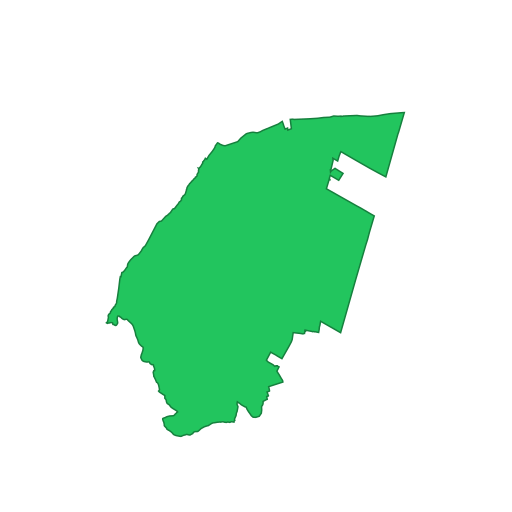 outline of Mihai Viteazu, Cluj, Romania, rotated 298°
{"feature_id": "2599482B370661987664", "entity_name": "Mihai Viteazu", "entity_type": "district", "adm_level": 2, "iso_a3": "ROU", "parent_name": "Romania", "parent_adm1": "Cluj", "projection": "albers", "projection_center": [23.722, 46.539], "detail": "fine", "context": "isolated", "style": "filled", "palette": "green", "viewbox_px": 512, "rotation_deg": 298, "n_neighbors": 0, "source": "geoboundaries", "source_scale": "gbopen_adm2", "svg_char_len": 6069}
<svg xmlns="http://www.w3.org/2000/svg" viewBox="0 0 512 512"><g transform="rotate(298 256 256)"><path d="M452.3,319.6L451.4,318.1L444.8,307.8L440.7,302.3L436.9,297.6L434.3,293.6L433.1,291.7L431.7,289.0L428.7,282.4L427.5,279.2L420.5,267.3L420.2,267.2L419.1,265.5L419.4,265.3L417.9,262.9L416.1,258.9L413.2,256.0L410.0,250.6L406.5,245.7L401.7,237.9L394.5,225.6L394.0,224.1L392.7,222.1L385.0,227.5L382.1,225.0L383.8,223.8L381.7,222.1L383.8,219.6L385.3,218.1L387.2,216.0L383.5,214.0L383.3,214.0L370.0,203.0L367.7,201.5L365.6,199.6L365.1,198.8L364.1,195.8L363.7,195.0L362.7,193.6L360.3,190.9L359.3,190.0L353.0,187.3L348.4,186.2L338.8,177.0L338.1,174.9L338.0,173.7L337.8,171.6L338.0,170.5L338.0,170.1L338.0,169.1L337.8,168.9L334.4,168.4L333.9,168.4L332.8,168.7L330.6,168.6L327.9,168.3L322.8,167.3L318.3,167.1L318.5,165.4L316.8,165.5L315.8,165.2L314.9,165.2L314.0,164.8L313.7,164.9L313.0,165.4L312.7,165.4L311.7,165.2L309.9,165.2L309.3,165.1L308.4,165.1L307.4,164.5L306.2,164.7L306.2,164.3L306.0,164.6L303.9,165.3L303.2,165.9L301.4,165.7L300.4,165.7L300.0,165.8L299.3,166.3L298.9,166.3L297.9,166.0L297.2,165.5L296.5,165.7L294.9,165.0L293.0,164.7L292.0,164.2L291.4,164.3L290.6,163.9L289.6,163.8L288.8,163.4L287.5,163.4L285.8,163.0L284.0,163.0L283.3,163.2L282.8,163.5L282.0,163.4L281.4,163.7L277.8,164.4L276.5,164.3L274.6,163.4L272.8,163.5L272.2,163.1L271.4,163.3L270.5,163.9L270.0,163.7L269.2,163.7L268.8,163.5L268.5,163.5L267.9,163.0L267.6,162.9L265.8,162.9L263.0,162.3L262.5,162.3L261.9,162.1L261.4,162.2L261.1,162.0L260.4,162.0L260.1,161.8L259.4,161.7L258.8,160.8L258.3,160.5L254.8,160.1L254.3,160.2L253.0,159.5L252.3,159.4L251.5,159.0L251.1,159.0L250.4,158.7L248.7,157.7L242.4,156.1L241.1,154.4L237.9,153.4L220.0,153.6L213.7,153.5L212.3,153.3L210.7,152.5L208.3,152.3L207.0,152.4L203.9,151.9L202.4,151.6L201.6,151.3L201.0,150.9L199.4,149.1L198.6,148.6L194.1,147.2L191.5,146.7L189.3,146.5L188.1,146.7L186.2,147.4L185.7,147.5L185.0,147.2L181.7,146.8L179.7,146.3L178.9,145.8L178.4,145.3L174.3,146.5L174.1,145.9L171.5,146.7L163.3,149.9L153.5,153.4L150.4,154.3L149.6,154.8L148.3,155.0L146.4,154.8L145.3,155.1L145.0,155.1L144.4,154.6L143.8,154.3L143.4,154.3L143.0,154.6L141.3,154.0L140.8,153.9L139.9,154.0L138.7,153.7L138.2,153.8L137.5,154.1L137.1,154.0L136.5,153.9L135.5,153.4L134.3,153.4L133.7,153.6L132.5,154.5L131.9,154.7L129.0,155.6L128.0,155.7L126.8,155.3L126.7,156.4L127.4,157.0L128.2,158.2L129.0,159.0L129.6,160.4L129.6,160.7L129.4,161.0L128.4,161.8L128.4,162.0L128.8,163.0L128.6,163.8L128.6,164.3L129.0,165.0L129.7,165.3L131.6,165.4L132.5,165.0L134.4,163.5L135.5,162.8L137.4,162.2L138.1,162.2L138.6,163.2L138.6,163.9L138.4,164.2L138.4,165.6L138.0,166.6L137.8,168.3L138.0,169.7L138.7,170.5L139.3,171.2L139.5,171.8L139.5,172.3L139.0,173.4L138.0,177.3L137.6,178.6L136.9,179.9L136.2,180.8L133.0,184.2L131.5,185.6L129.8,186.9L128.7,188.1L128.2,188.9L127.1,190.2L126.6,190.9L124.6,192.8L123.8,193.9L123.4,194.9L122.7,197.2L122.6,198.1L122.5,198.9L122.0,199.5L119.7,200.4L116.4,201.0L115.0,201.1L112.5,201.8L112.0,202.2L111.1,203.4L110.4,204.4L110.2,205.5L110.2,206.1L110.3,206.8L111.0,209.1L111.3,209.7L112.2,211.0L112.3,211.4L112.2,211.7L111.3,213.0L111.3,213.5L111.1,214.4L111.2,215.2L111.8,216.1L111.7,216.5L110.7,217.3L109.4,218.9L107.8,220.1L107.2,220.3L106.8,219.6L105.1,219.8L104.6,220.2L104.2,220.5L102.7,221.7L101.8,222.2L101.4,222.9L99.5,225.5L97.9,227.4L97.8,228.5L97.5,229.2L96.4,230.5L94.8,231.9L92.8,233.5L91.6,233.6L91.0,233.4L90.6,234.4L90.4,235.8L90.3,237.3L90.1,238.9L90.0,241.0L87.6,242.3L87.3,242.9L87.2,243.5L87.0,243.8L86.3,244.6L85.2,245.4L84.1,246.8L83.8,249.6L83.0,251.0L82.6,252.1L82.4,253.6L82.3,254.6L82.1,257.9L82.0,258.8L81.7,260.1L81.8,260.4L81.2,259.8L80.7,259.5L79.4,259.3L78.4,258.8L77.7,258.8L76.5,258.3L76.0,257.8L75.3,256.7L74.3,255.0L72.6,253.1L71.6,252.2L70.9,251.9L69.8,250.8L68.8,250.0L68.6,250.0L68.1,250.2L66.8,251.5L65.9,252.7L64.0,254.2L63.1,254.7L63.0,254.9L62.0,257.8L61.3,258.6L61.1,260.4L61.2,261.1L60.9,263.5L60.6,264.7L60.2,265.9L59.8,266.6L59.7,267.3L59.8,268.9L60.0,269.9L61.2,273.8L61.6,274.5L61.9,274.8L63.6,276.1L65.1,277.8L65.7,278.2L66.0,278.7L66.6,281.0L67.0,281.8L67.4,282.1L68.3,282.6L69.5,283.5L70.5,283.5L71.7,284.0L72.3,284.6L73.3,286.4L73.8,287.0L74.9,287.5L77.8,288.5L81.0,290.6L83.0,292.5L83.8,293.5L86.9,295.2L88.3,296.2L89.8,298.3L91.3,300.2L92.0,301.4L92.6,302.1L92.7,302.8L93.6,303.8L94.2,304.8L94.4,306.0L95.1,307.9L96.1,308.9L96.3,309.3L96.8,311.0L97.6,311.6L98.2,312.2L99.0,314.5L99.6,314.2L100.9,314.5L101.5,313.9L102.0,313.6L102.9,313.5L105.7,313.3L108.2,312.4L109.8,312.3L114.5,310.8L116.1,308.9L116.9,308.5L118.5,308.0L118.4,308.8L118.2,309.4L118.3,310.6L117.8,312.6L117.7,314.0L117.7,315.4L117.6,316.8L117.9,318.3L116.5,320.0L115.0,322.5L114.0,324.6L112.8,326.8L112.3,329.1L113.4,331.5L116.0,334.1L119.7,334.5L122.6,333.4L125.5,331.7L126.2,331.6L127.0,331.8L128.3,331.7L129.5,331.3L130.9,330.5L134.1,332.6L134.7,333.2L137.0,331.4L138.0,332.5L138.4,332.6L141.1,329.6L142.9,331.2L143.2,331.3L144.4,330.4L146.6,328.5L157.3,338.9L158.3,338.2L159.0,337.2L159.7,335.9L161.9,332.4L164.1,328.5L168.9,328.4L168.9,326.9L168.7,326.3L169.0,326.2L168.6,325.4L168.3,325.0L167.4,324.5L168.0,322.0L168.1,316.8L168.3,315.8L168.9,314.1L178.0,314.1L177.9,315.6L177.9,319.7L177.7,321.8L177.5,327.1L191.7,327.5L196.8,327.5L199.1,327.2L205.8,324.8L208.3,331.1L209.3,334.1L210.2,334.8L210.4,335.2L211.5,334.8L211.9,334.7L212.8,335.1L212.9,334.9L212.9,334.2L213.6,334.0L213.9,334.8L214.3,336.4L215.6,340.6L215.8,341.7L216.3,342.2L216.5,342.7L216.5,343.2L216.9,343.8L217.9,347.2L220.7,346.3L223.3,345.2L224.3,345.1L228.7,343.7L228.0,366.7L281.9,355.1L317.5,347.7L322.6,346.8L330.2,345.0L346.9,341.6L347.0,337.8L347.5,326.0L347.5,321.8L348.4,286.6L357.7,284.7L357.9,285.6L358.0,285.6L359.0,284.3L362.1,283.7L361.7,293.5L369.8,294.1L370.4,285.4L370.5,284.6L366.3,282.5L365.1,282.4L367.1,281.1L367.8,281.5L376.6,279.2L378.4,278.0L378.2,283.5L383.1,282.5L386.9,282.0L388.0,282.0L387.4,298.9L386.9,315.5L386.8,324.1L386.8,333.5L430.5,324.0L432.1,323.8L452.3,319.6Z" fill="#22c55e" stroke="#15803d" stroke-width="1.5"/></g></svg>